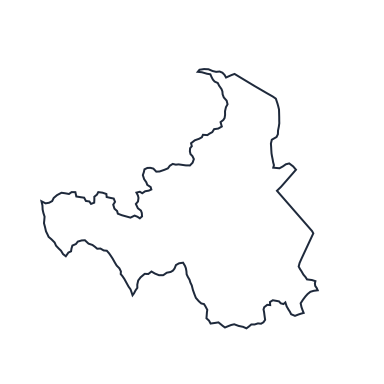 outline of Piraí, Rio de Janeiro, Brazil, rotated 103°
{"feature_id": "56859067B32133246810873", "entity_name": "Piraí", "entity_type": "district", "adm_level": 2, "iso_a3": "BRA", "parent_name": "Brazil", "parent_adm1": "Rio de Janeiro", "projection": "natural_earth1", "projection_center": [-43.898, -22.656], "detail": "fine", "context": "isolated", "style": "outline", "palette": "slate", "viewbox_px": 384, "rotation_deg": 103, "n_neighbors": 0, "source": "geoboundaries", "source_scale": "gbopen_adm2", "svg_char_len": 3774}
<svg xmlns="http://www.w3.org/2000/svg" viewBox="0 0 384 384"><g transform="rotate(103 192 192)"><path d="M205.0,64.5L203.1,66.2L200.1,70.3L171.7,109.5L166.9,106.4L146.9,95.7L144.3,99.2L142.3,103.7L143.9,106.8L146.7,109.3L149.2,112.1L150.0,118.3L147.4,118.2L144.8,119.6L142.2,120.7L138.7,122.3L136.5,123.2L133.2,124.2L130.7,124.9L127.1,126.0L123.1,126.0L119.4,122.0L116.4,121.3L112.8,122.0L108.8,122.1L105.4,122.4L103.1,123.0L99.7,123.8L95.4,124.9L92.0,125.8L89.2,127.2L86.8,128.5L82.2,131.3L80.8,134.8L78.9,141.2L74.7,154.8L67.4,177.1L69.1,179.7L72.8,184.6L70.6,186.6L68.9,189.2L68.4,192.2L69.5,195.5L69.5,199.1L68.7,203.5L69.5,207.9L71.2,212.2L73.6,213.4L73.1,209.3L73.4,204.1L73.2,200.6L75.6,198.8L77.8,196.9L79.3,194.8L80.0,191.4L82.3,189.5L85.1,186.4L87.2,185.0L90.0,184.1L92.7,182.3L95.2,178.8L98.5,177.1L101.7,178.0L105.8,178.0L109.5,177.1L112.6,176.9L114.8,177.7L117.5,179.9L121.5,177.7L124.3,180.7L125.8,184.6L129.1,185.7L131.2,188.1L133.1,189.8L133.8,194.2L136.4,194.7L138.5,197.0L141.0,200.9L144.7,203.9L147.4,202.5L149.8,203.7L152.9,203.2L155.4,202.0L156.9,199.7L159.5,197.6L163.3,198.0L166.6,200.0L167.5,204.3L167.8,207.9L168.1,211.3L169.0,213.9L169.0,217.1L171.4,219.5L174.4,220.8L176.6,223.9L179.3,228.2L180.2,231.4L177.9,234.9L177.8,237.9L178.6,240.9L180.6,243.4L183.6,243.4L186.6,243.7L190.3,241.5L192.8,238.7L195.1,237.2L196.5,233.4L198.7,232.2L200.4,234.4L201.8,237.8L204.4,240.2L203.5,242.9L205.1,246.0L207.6,243.9L209.8,242.8L213.4,242.5L216.3,244.0L220.0,241.1L221.6,237.6L223.7,236.2L227.0,235.2L229.4,236.9L228.4,239.6L227.9,242.6L230.8,246.2L230.6,250.8L230.4,255.2L229.8,259.4L227.4,260.7L225.7,263.8L222.1,265.9L218.9,264.8L216.0,266.8L216.1,270.6L216.1,274.0L213.2,275.0L212.8,279.1L213.2,283.3L215.9,284.0L218.6,286.1L221.6,285.4L224.4,284.9L226.3,287.7L224.3,289.9L224.6,293.4L221.8,295.8L222.1,299.3L222.4,303.7L218.4,305.6L219.2,309.3L221.6,311.4L221.8,315.6L222.1,319.0L225.4,322.8L228.9,325.4L232.3,326.2L234.6,328.8L236.0,332.1L234.9,336.6L238.8,334.7L242.7,333.6L246.0,332.0L249.2,330.1L252.6,329.6L255.7,329.2L259.1,327.4L263.2,325.4L265.9,323.2L268.0,321.6L269.7,318.3L272.1,314.5L274.9,312.4L277.1,309.1L278.7,306.4L281.5,303.7L283.0,300.5L278.8,298.8L277.0,296.5L274.3,296.7L271.1,296.5L268.8,293.4L266.0,292.1L264.0,288.6L263.1,285.5L265.6,281.2L266.0,277.1L267.2,274.3L268.6,271.6L267.7,268.5L268.8,264.9L268.4,261.8L270.4,259.0L272.5,256.7L274.7,254.4L278.0,251.4L280.6,248.9L282.7,245.6L285.4,243.4L288.0,243.0L289.5,241.0L292.0,238.3L295.7,235.0L298.5,232.5L300.7,230.0L303.2,228.4L306.0,226.7L303.7,225.7L300.6,224.9L297.7,223.7L294.5,224.5L290.3,224.5L286.7,222.9L282.4,219.7L281.7,216.1L278.6,213.6L279.8,209.8L280.5,205.4L279.5,201.3L276.3,198.4L274.7,194.8L272.9,192.9L270.5,191.8L266.8,191.2L264.4,188.6L262.9,184.8L265.6,182.2L267.7,180.8L270.5,179.6L273.4,178.7L275.7,176.9L278.0,174.7L280.6,173.2L283.1,171.2L287.2,169.1L291.1,166.6L294.3,164.4L296.9,160.8L298.5,157.9L298.5,155.1L300.5,153.1L303.4,150.6L305.8,150.4L308.4,150.0L311.8,149.5L313.5,146.5L316.0,144.3L314.5,140.4L313.1,136.9L314.3,134.4L315.5,132.0L316.6,129.4L314.4,126.3L312.7,123.8L311.4,121.1L312.0,116.4L311.9,111.9L312.6,108.3L310.4,106.4L307.7,104.4L307.0,101.2L305.2,98.2L304.8,95.1L302.9,93.1L300.1,92.0L296.2,93.5L292.7,94.8L290.3,95.9L288.0,95.7L285.0,93.3L284.6,90.4L281.7,91.3L279.3,88.9L279.1,85.3L279.0,82.6L280.5,80.5L280.6,77.7L278.6,76.2L282.2,74.0L284.9,71.5L286.6,69.7L288.8,67.9L289.5,63.8L287.4,60.7L286.0,58.4L284.7,56.0L282.4,57.6L279.6,59.4L276.0,61.1L271.9,59.6L268.3,58.0L265.4,56.4L262.6,54.2L260.9,51.2L259.5,47.4L257.5,48.9L255.8,50.8L253.4,51.7L251.1,51.7L250.8,55.4L251.3,60.3L249.4,62.2L247.4,64.9L244.5,67.6L242.6,69.6L240.6,71.3L237.0,71.2L232.3,70.3L205.0,64.5Z" fill="none" stroke="#1e293b" stroke-width="2"/></g></svg>